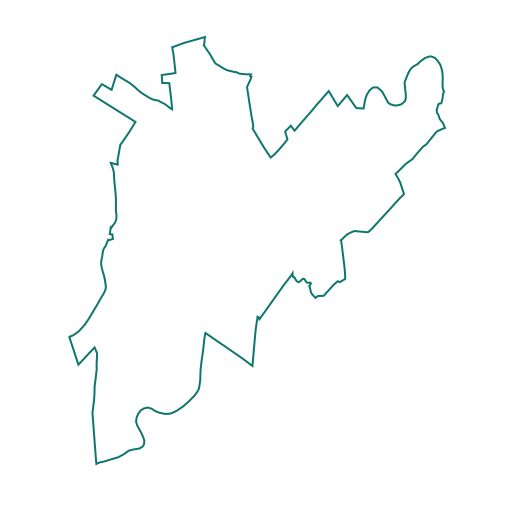 Sabile, Talsi, Latvia (Robinson projection), rotated 273°
{"feature_id": "27541924B84757460487549", "entity_name": "Sabile", "entity_type": "district", "adm_level": 2, "iso_a3": "LVA", "parent_name": "Latvia", "parent_adm1": "Talsi", "projection": "robinson", "projection_center": [22.575, 57.045], "detail": "fine", "context": "isolated", "style": "outline", "palette": "teal", "viewbox_px": 512, "rotation_deg": 273, "n_neighbors": 0, "source": "geoboundaries", "source_scale": "gbopen_adm2", "svg_char_len": 5641}
<svg xmlns="http://www.w3.org/2000/svg" viewBox="0 0 512 512"><g transform="rotate(273 256 256)"><path d="M240.2,293.2L240.4,293.3L240.6,293.4L238.6,293.6L237.0,294.2L236.9,294.5L236.7,294.7L236.7,295.1L236.8,295.4L234.6,296.7L233.1,297.9L232.1,299.9L232.9,301.3L235.5,303.7L235.7,304.2L235.5,305.6L232.3,307.8L232.0,309.0L232.2,311.8L231.5,312.2L230.5,312.0L229.2,310.8L228.4,310.9L227.3,311.5L224.4,312.3L223.2,312.6L220.8,313.9L217.3,317.6L219.3,320.0L219.3,320.5L219.4,321.3L219.8,325.7L231.3,335.0L235.1,339.0L234.3,341.1L237.8,346.3L243.4,345.8L249.8,344.9L270.2,341.3L273.2,340.7L276.2,340.2L276.3,340.0L276.9,340.7L277.9,341.7L280.5,344.1L282.6,346.3L283.9,348.4L284.9,350.5L285.3,351.3L286.1,352.8L285.6,364.7L285.6,366.4L285.8,366.7L286.0,367.0L287.0,368.1L288.1,369.2L289.1,370.1L290.1,371.0L300.0,379.1L309.8,387.3L315.7,392.0L321.5,396.8L323.5,398.7L325.5,400.5L328.0,399.6L337.3,396.0L339.2,394.9L341.9,393.3L345.2,391.0L348.6,394.2L352.1,397.4L355.5,400.4L361.0,407.2L364.2,409.5L367.1,411.7L370.8,414.6L373.9,417.1L376.6,420.5L380.5,423.2L389.8,430.0L392.8,435.7L393.8,438.1L398.5,435.8L402.3,432.4L407.4,430.3L408.4,429.2L411.1,428.8L417.0,430.2L417.3,430.3L417.4,430.5L417.5,430.6L417.6,430.9L417.7,431.0L417.9,431.5L418.0,432.2L418.2,432.9L418.9,433.3L423.8,434.1L424.4,434.2L425.9,434.2L429.1,434.7L430.1,435.3L431.9,434.1L434.3,433.6L437.8,433.3L444.6,433.1L449.9,432.4L452.8,431.5L456.7,430.0L458.9,428.3L461.1,426.5L462.9,424.7L463.8,422.8L464.5,420.1L464.2,418.4L463.4,416.4L462.3,414.0L460.6,412.0L458.9,409.8L456.7,408.0L454.9,405.6L453.5,403.2L451.4,401.1L448.7,399.4L445.4,398.1L440.6,396.4L439.1,395.9L437.6,395.4L436.5,395.4L434.6,395.6L431.7,396.0L427.3,396.8L424.2,397.2L420.9,397.3L418.6,396.7L416.7,395.0L416.2,394.4L415.1,393.3L413.8,389.0L413.5,387.3L413.9,385.1L414.4,382.9L415.1,381.2L416.0,380.0L418.0,378.7L422.9,375.8L426.1,373.8L427.3,372.8L428.1,371.7L429.2,370.5L430.7,368.4L430.4,364.1L428.4,361.8L427.0,360.5L425.2,359.6L423.1,358.3L419.8,357.3L416.4,356.6L412.4,356.2L408.9,355.7L408.9,354.9L408.9,353.6L409.0,348.4L421.5,338.6L410.0,329.8L411.0,329.1L424.5,320.0L419.7,316.2L416.1,313.4L410.4,308.9L408.0,307.1L403.8,304.0L393.5,295.9L386.3,290.4L383.2,288.0L387.9,283.9L381.9,278.6L374.0,281.3L369.3,277.9L363.0,273.1L360.4,270.8L357.8,268.5L355.1,265.5L363.9,258.9L370.5,254.4L383.0,246.0L385.3,246.5L389.8,245.6L396.2,244.0L403.5,242.5L413.9,240.3L424.2,238.2L428.4,239.8L432.5,241.5L433.2,241.6L434.0,241.7L434.7,242.0L435.1,240.9L437.1,241.5L436.9,236.4L437.0,235.2L437.1,232.7L437.3,229.8L438.5,226.9L438.7,224.3L439.0,223.2L439.0,222.4L439.5,220.8L439.5,220.7L439.5,220.0L439.7,219.0L439.9,217.7L440.4,216.5L440.9,215.2L441.9,213.2L444.0,209.5L445.2,207.1L445.8,206.0L446.5,205.3L447.0,204.7L448.3,203.9L450.5,202.4L451.1,202.1L451.7,201.6L452.1,201.4L455.6,199.1L463.8,192.8L464.1,193.2L472.0,193.5L465.1,173.3L460.7,163.0L460.0,161.4L453.2,163.0L452.3,163.1L447.3,164.0L441.8,164.9L434.5,166.0L433.2,159.7L431.8,152.4L428.9,152.7L426.6,153.0L423.9,153.3L424.1,160.3L423.9,160.4L422.3,160.7L421.3,160.8L419.2,161.2L416.9,161.6L414.6,162.0L412.2,162.4L409.9,162.8L407.7,163.2L406.1,163.4L404.3,163.7L402.8,163.9L399.0,164.4L398.1,164.5L398.5,163.7L399.3,162.3L402.1,158.3L402.7,157.4L403.9,155.0L404.8,152.6L406.0,150.8L406.5,146.6L407.1,144.3L408.3,141.4L410.3,137.7L411.6,135.3L412.4,134.0L413.8,131.7L416.0,128.9L418.6,125.8L422.2,120.8L426.2,113.2L428.5,109.1L429.7,107.1L428.7,106.8L414.4,103.1L419.2,93.8L419.5,93.0L407.6,85.4L407.2,86.2L383.6,128.6L373.3,123.0L363.7,117.2L359.9,114.7L344.2,112.7L340.0,113.1L340.6,110.0L341.3,106.9L341.4,106.5L341.4,106.1L340.0,106.7L337.0,108.1L333.9,109.2L330.9,109.8L326.8,110.2L322.2,110.8L311.8,112.4L306.2,113.1L294.4,113.7L292.0,114.1L290.4,114.4L286.8,114.6L285.1,114.5L282.5,113.7L280.8,112.8L279.4,111.7L278.2,110.9L276.0,109.7L276.4,109.4L273.3,109.1L270.2,108.8L270.1,110.1L270.1,111.4L267.8,111.8L265.5,112.2L264.7,109.9L263.8,107.6L264.1,107.4L262.6,106.8L261.1,106.3L259.8,105.9L258.6,105.5L257.5,104.9L256.4,104.2L255.8,103.9L255.2,103.6L254.3,103.3L253.5,103.1L252.3,102.9L251.2,102.7L249.7,102.6L248.3,102.5L245.9,102.2L243.5,101.8L242.1,101.8L240.7,101.7L238.5,102.0L236.4,102.5L234.4,103.1L232.3,103.8L230.3,104.6L228.5,105.2L226.7,105.7L225.2,106.1L223.7,106.5L221.5,106.9L219.4,107.4L217.4,107.6L216.5,107.7L215.6,107.6L213.5,107.1L210.4,105.8L205.3,103.0L201.4,101.1L200.3,100.6L199.3,100.1L194.0,97.3L188.7,94.5L186.5,93.3L184.3,92.2L181.3,90.3L178.3,88.5L175.0,85.8L171.7,83.1L170.0,81.1L168.4,79.1L167.1,77.3L166.3,75.7L166.0,74.8L165.6,73.9L165.2,73.9L164.8,74.0L151.5,79.2L138.2,84.3L144.9,90.0L151.6,95.6L153.9,97.6L156.2,99.6L150.6,102.4L145.8,102.5L139.1,102.5L136.6,102.7L134.2,102.9L132.3,102.7L130.5,102.6L127.5,102.4L124.3,102.2L117.6,101.7L109.2,101.9L103.1,101.8L90.9,100.9L68.8,103.7L43.9,106.9L40.0,107.5L41.3,109.6L42.9,115.2L46.4,124.9L47.7,128.7L50.7,133.8L54.9,139.1L56.3,143.4L57.7,149.8L59.9,152.9L62.1,154.0L65.4,154.2L68.8,153.0L73.5,150.6L80.5,146.3L84.2,144.9L88.8,145.3L92.3,146.7L95.9,149.1L98.0,152.2L99.0,156.2L98.0,159.8L95.9,163.4L94.5,167.4L93.5,173.5L94.0,178.1L94.9,180.7L97.6,185.4L102.4,191.6L107.4,196.6L113.2,201.8L117.1,204.4L120.2,205.8L123.1,206.3L129.7,206.8L139.8,206.6L147.6,207.1L160.2,208.2L169.9,208.7L176.0,209.4L176.5,209.6L175.5,211.2L175.3,211.5L165.7,227.0L165.2,228.0L152.7,248.2L152.6,248.3L146.0,258.2L159.8,258.7L174.8,259.2L181.8,259.5L189.1,260.1L193.3,260.6L195.4,260.7L195.0,261.8L193.1,262.8L207.8,272.2L214.6,276.5L226.8,284.2L227.9,284.9L234.8,289.7L237.2,291.3L239.5,292.9L239.9,293.0L240.2,293.2Z" fill="none" stroke="#0f766e" stroke-width="2"/></g></svg>